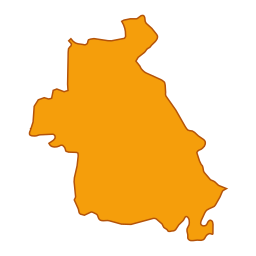 the Province of Idlib
{"feature_id": "SYR-140", "entity_name": "Idlib", "entity_type": "Province", "adm_level": 1, "iso_a3": "SYR", "parent_name": "Syria", "parent_adm1": "", "projection": "robinson", "projection_center": [36.748, 35.825], "detail": "fine", "context": "isolated", "style": "filled", "palette": "amber", "viewbox_px": 256, "rotation_deg": 0, "n_neighbors": 0, "source": "natural_earth", "source_scale": "10m", "svg_char_len": 3675}
<svg xmlns="http://www.w3.org/2000/svg" viewBox="0 0 256 256"><path d="M111.5,40.8L124.5,38.3L125.6,36.5L125.4,31.5L124.8,28.4L123.5,24.7L121.7,21.3L124.0,20.1L130.3,18.8L136.3,18.8L137.3,18.5L141.1,15.7L142.4,15.4L143.3,15.5L143.9,15.9L144.3,16.6L144.6,17.2L144.8,18.0L145.2,21.4L146.2,23.3L151.9,28.5L156.7,34.5L157.5,36.1L157.5,37.3L157.3,38.2L157.0,39.0L156.2,40.3L155.3,41.5L151.6,45.1L150.2,46.9L149.7,47.4L147.9,48.4L147.6,48.7L147.1,49.0L146.2,50.1L145.4,51.3L144.4,52.4L138.2,57.3L135.9,61.1L139.8,66.0L141.1,68.6L142.8,70.5L144.5,72.0L146.2,73.0L161.6,80.0L163.4,81.3L164.5,82.3L164.9,83.8L165.2,85.4L165.6,92.4L165.5,94.3L165.7,95.2L165.9,96.0L175.8,110.1L185.2,126.6L186.6,128.7L187.8,130.0L188.6,130.3L189.5,130.6L192.3,131.0L194.6,132.4L198.3,135.9L203.7,139.6L204.6,140.6L205.1,141.5L205.3,142.3L205.3,143.2L205.2,144.1L204.9,144.9L204.3,146.3L203.6,147.0L202.7,148.0L201.6,148.9L201.0,149.3L198.9,150.2L197.7,151.1L196.8,152.6L199.5,161.0L201.1,164.3L202.4,165.9L202.9,167.4L203.6,171.4L204.6,172.9L210.4,179.7L211.4,180.2L212.9,180.8L213.9,181.3L215.1,182.1L217.9,184.8L218.8,185.5L226.5,188.6L223.1,190.5L222.5,191.2L222.0,192.2L220.0,196.9L215.5,204.8L214.3,206.3L213.0,207.0L209.2,208.7L206.8,210.1L205.8,211.2L204.8,212.8L201.3,220.4L200.8,221.9L200.7,222.9L200.7,223.8L201.0,224.5L201.5,225.0L202.1,225.5L202.8,225.8L203.7,225.9L204.6,225.8L205.3,225.6L206.0,225.2L206.5,224.7L206.9,224.1L208.0,221.9L208.5,221.3L209.0,220.8L209.5,220.4L210.3,220.2L211.0,220.4L211.6,220.8L212.2,221.3L212.5,221.9L212.7,222.6L213.0,224.3L212.9,233.5L212.6,234.2L212.0,234.2L211.3,233.9L210.4,233.7L209.6,233.6L208.8,233.8L208.2,234.1L207.6,234.5L207.0,234.9L205.9,236.2L204.4,238.8L203.8,239.3L203.1,239.8L202.0,240.1L201.0,240.3L197.2,240.1L193.0,240.6L191.2,240.6L190.4,240.5L189.6,240.2L188.9,239.7L188.4,239.2L188.0,238.6L187.8,237.9L187.8,235.1L187.7,234.3L187.0,231.2L187.0,230.3L187.0,229.4L187.2,228.6L189.0,224.9L189.2,224.0L189.3,223.1L189.3,222.2L189.2,220.5L189.1,219.7L188.8,219.0L188.5,218.3L188.1,217.7L187.6,217.1L187.0,216.7L186.1,216.5L185.5,216.8L185.0,217.3L183.5,220.1L182.8,220.9L178.8,224.8L175.6,229.7L174.5,230.5L173.2,230.9L171.8,231.0L170.0,231.4L168.8,231.4L168.1,231.1L167.6,230.5L167.3,229.9L166.8,229.4L164.8,228.1L164.2,227.7L163.7,227.2L163.0,225.9L162.7,225.2L162.0,223.9L156.4,219.0L155.7,218.7L154.9,218.4L154.1,218.4L153.2,218.4L131.0,224.4L121.4,224.1L109.1,220.7L107.3,220.5L103.7,220.7L101.8,220.6L101.0,220.4L100.2,220.1L99.6,219.6L99.1,219.1L98.7,218.4L98.4,217.8L97.9,216.3L97.3,215.0L96.8,214.4L96.2,214.0L93.0,212.4L91.7,212.0L90.9,212.1L84.4,215.2L80.4,214.1L79.2,212.8L78.3,208.9L74.3,200.0L74.3,199.9L74.5,199.2L74.9,198.7L75.3,197.8L75.6,196.6L74.1,181.7L74.4,177.7L77.1,165.8L78.2,156.0L78.0,153.2L76.6,152.4L68.6,152.1L66.1,151.3L65.7,150.7L65.5,150.0L65.3,149.2L65.0,148.3L64.5,147.3L63.4,146.1L62.8,145.5L62.0,145.2L61.2,145.2L60.4,145.4L59.8,145.7L59.1,146.1L56.9,146.8L54.5,147.0L53.1,146.8L51.7,146.4L50.9,145.9L50.2,145.3L49.8,144.8L48.9,143.3L53.5,140.2L54.9,138.4L55.1,137.5L55.1,136.6L54.9,135.8L54.2,134.9L53.5,134.4L52.6,134.2L40.0,134.8L38.5,135.1L36.9,135.7L35.9,135.9L34.4,136.0L31.8,135.8L30.5,135.3L29.7,134.7L29.5,133.9L29.5,133.1L29.6,132.3L29.9,131.5L30.2,130.9L30.6,129.7L30.7,129.4L30.6,128.6L31.0,128.5L33.1,121.9L34.2,106.3L38.3,99.8L44.2,97.7L48.7,99.0L51.6,98.3L53.2,90.5L53.2,90.4L56.8,89.0L64.1,91.7L68.0,90.5L67.6,84.2L68.2,52.1L68.5,48.8L69.6,47.2L71.1,45.7L71.4,43.8L68.7,40.8L70.9,38.7L73.2,41.4L75.5,43.0L78.0,43.8L83.1,44.5L84.2,44.8L85.2,44.8L86.7,44.1L87.6,42.8L87.9,41.2L88.5,39.8L90.6,39.1L94.0,38.6L108.0,40.7L111.5,40.8Z" fill="#f59e0b" stroke="#b45309" stroke-width="1.5"/></svg>